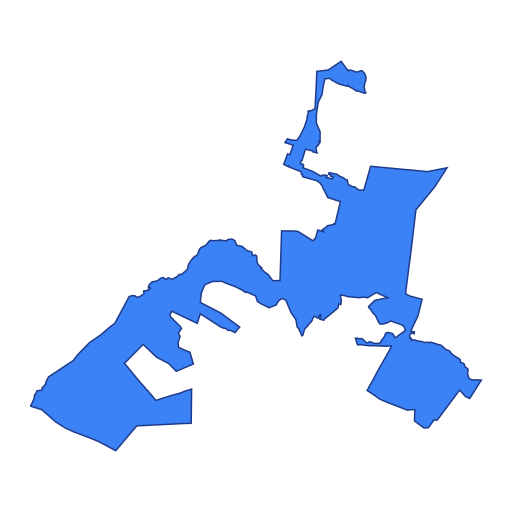 outline of Ocotlán de Morelos, Oaxaca, Mexico
{"feature_id": "50627088B26863114972707", "entity_name": "Ocotlán de Morelos", "entity_type": "district", "adm_level": 2, "iso_a3": "MEX", "parent_name": "Mexico", "parent_adm1": "Oaxaca", "projection": "mercator", "projection_center": [-96.695, 16.785], "detail": "fine", "context": "isolated", "style": "filled", "palette": "blue", "viewbox_px": 512, "rotation_deg": 0, "n_neighbors": 0, "source": "geoboundaries", "source_scale": "gbopen_adm2", "svg_char_len": 6052}
<svg xmlns="http://www.w3.org/2000/svg" viewBox="0 0 512 512"><path d="M176.2,371.3L193.4,364.0L189.9,352.2L183.4,349.6L178.4,347.2L178.4,345.6L178.1,343.3L178.7,340.5L180.1,336.5L178.5,333.6L178.6,332.8L181.5,328.6L180.4,326.6L173.9,320.2L170.4,316.5L169.8,315.2L171.8,311.2L197.2,323.3L200.3,313.8L220.9,327.1L223.4,328.1L225.3,328.3L228.2,330.4L230.7,330.4L235.0,332.6L239.7,327.1L221.2,313.3L200.3,302.4L201.4,292.8L204.8,284.7L212.6,281.5L221.8,281.3L226.0,283.2L235.6,286.8L242.9,290.5L244.0,291.6L245.8,292.4L246.0,291.7L255.6,295.9L257.5,301.6L261.5,304.0L269.1,307.7L276.3,304.9L277.4,302.6L278.8,300.7L280.0,299.7L282.3,298.6L284.8,299.5L286.4,301.4L291.0,312.5L295.9,319.7L297.2,327.1L298.9,328.6L299.6,331.1L300.7,332.8L301.6,335.7L302.2,335.7L303.0,334.9L304.4,329.7L304.9,328.8L308.1,325.5L308.2,325.0L312.0,320.9L312.4,319.2L314.2,316.2L316.4,317.3L317.6,318.2L318.4,317.6L318.8,316.9L319.6,314.8L321.1,315.1L319.6,319.0L323.8,320.3L324.0,319.4L336.8,309.0L338.0,307.7L338.8,303.8L340.7,304.5L341.3,301.2L341.2,300.0L340.9,297.7L340.1,295.0L344.1,295.5L348.2,296.7L355.4,297.4L357.1,297.4L358.4,297.7L364.8,297.1L367.5,297.8L376.2,292.5L387.6,297.7L374.8,300.4L368.5,306.6L369.1,308.0L370.9,309.7L373.0,313.3L375.3,315.2L378.7,322.4L380.0,324.0L381.4,324.2L383.4,323.9L386.5,323.1L390.8,321.0L401.9,324.9L404.3,327.1L405.4,330.4L395.3,337.8L394.8,337.7L393.5,334.6L392.3,333.5L387.7,332.4L385.7,333.2L384.2,337.0L381.3,340.5L380.6,342.3L380.1,343.0L377.0,343.5L375.5,343.5L373.6,343.2L370.1,341.7L368.6,342.2L367.5,342.9L366.0,342.4L362.3,338.7L359.3,338.6L356.6,338.2L355.4,338.2L357.5,344.8L361.4,344.7L365.9,345.4L369.5,345.7L375.0,345.7L384.9,346.2L391.4,345.9L389.8,349.6L377.7,371.0L372.1,381.6L370.5,384.2L367.1,390.5L371.7,393.4L379.3,398.8L382.8,400.5L388.1,402.7L407.3,410.1L414.8,409.5L414.5,421.0L424.1,428.0L428.5,427.6L433.2,421.1L433.3,420.2L437.2,420.1L459.6,390.1L465.7,396.7L469.7,398.5L481.3,380.1L477.3,379.9L474.8,380.0L471.8,379.8L469.2,378.5L468.6,377.2L467.7,374.3L467.6,373.5L468.0,370.2L467.9,369.1L467.3,368.3L465.6,367.4L465.0,366.5L464.1,363.9L463.3,363.2L460.7,362.4L460.4,361.6L460.1,359.7L459.5,358.9L454.6,356.1L451.2,353.2L449.5,350.9L445.4,349.3L443.1,346.9L441.0,345.2L437.0,344.2L434.9,343.4L430.3,342.1L429.7,342.7L427.7,342.3L426.3,342.2L424.8,342.6L423.7,342.4L422.1,341.5L419.1,341.3L414.1,339.8L411.7,340.4L411.8,339.9L410.9,338.8L411.3,338.4L411.1,338.2L410.8,338.3L409.7,338.1L410.0,337.2L409.7,336.8L409.6,335.6L410.2,334.5L410.6,334.0L411.7,333.1L412.6,333.1L414.1,333.8L414.4,331.9L410.7,331.2L417.9,315.9L422.1,299.3L409.8,296.0L405.5,293.7L411.2,249.4L415.9,209.9L434.7,186.9L447.0,167.8L427.4,171.6L370.6,166.3L363.8,190.3L361.1,190.0L358.7,190.0L354.7,186.9L353.8,186.9L351.8,186.4L350.2,185.3L348.2,184.7L347.2,179.8L345.8,179.7L343.3,177.7L339.8,176.3L337.1,174.3L329.1,172.6L328.6,174.4L331.0,174.9L330.6,176.1L333.1,176.9L332.3,178.9L328.1,177.8L326.6,177.7L327.1,175.6L324.8,175.1L324.6,175.8L322.5,175.0L321.6,175.6L321.0,176.2L312.6,171.4L302.9,167.7L303.7,165.2L303.1,164.3L300.4,163.6L301.4,160.3L302.1,160.3L304.7,151.4L305.6,149.2L313.0,151.1L313.0,151.9L317.1,152.9L316.5,151.2L316.1,147.5L316.8,146.5L317.6,146.2L317.9,145.7L317.8,144.9L319.1,144.0L319.3,143.6L319.7,142.9L319.6,142.4L319.0,141.7L320.1,141.9L320.1,131.7L316.3,122.9L316.4,114.1L318.2,102.3L322.0,94.6L323.3,85.8L324.9,78.8L330.1,78.4L331.5,80.0L338.9,84.0L347.8,86.4L348.2,85.3L350.4,87.4L352.2,88.1L356.3,91.0L358.8,91.2L363.3,92.9L365.0,93.2L365.9,92.8L364.9,91.5L364.6,89.2L364.2,87.9L364.1,86.6L364.7,84.1L364.7,82.9L365.7,81.1L366.0,77.6L365.5,75.5L364.8,73.8L362.2,70.8L360.3,70.9L358.3,71.7L356.1,72.0L355.3,71.8L352.8,70.7L350.8,70.2L348.8,70.1L348.2,70.9L341.1,61.3L328.2,70.0L316.8,71.4L316.1,88.4L315.0,108.7L310.5,111.0L308.7,110.7L308.0,111.6L308.4,112.1L307.0,117.5L307.1,119.0L304.3,127.2L300.1,135.8L296.7,140.4L291.4,140.0L287.4,138.9L285.0,142.6L293.1,145.1L290.0,154.6L287.6,153.9L283.7,164.4L288.4,166.7L289.0,165.1L288.5,166.7L301.2,171.8L301.5,174.5L302.5,174.8L302.8,176.8L316.2,180.5L318.3,181.7L319.8,182.8L322.2,186.0L322.7,187.4L327.8,197.5L338.1,200.9L340.4,201.5L335.0,224.2L333.8,223.8L333.8,224.5L327.4,225.7L327.2,226.4L322.3,229.7L323.5,231.7L317.8,230.0L315.5,237.9L313.0,240.8L298.6,231.8L296.8,231.2L293.4,231.0L281.6,230.9L280.0,280.6L272.8,280.7L268.2,274.5L265.3,272.6L261.3,268.8L260.9,267.9L261.5,267.7L258.1,264.5L257.5,263.2L257.0,261.2L256.8,257.0L256.5,255.7L255.4,255.0L254.6,255.1L253.0,255.8L252.4,255.3L252.3,254.1L251.6,251.8L247.1,250.7L242.0,246.3L236.8,245.4L234.8,240.6L232.3,239.2L231.1,239.0L229.3,239.3L227.4,239.8L227.1,240.5L226.1,240.8L222.8,240.5L219.4,239.9L219.3,240.7L216.5,240.4L214.2,240.8L211.4,240.4L210.3,240.4L209.6,240.7L205.8,245.3L200.7,247.8L199.7,249.0L198.7,251.2L197.8,254.0L196.5,255.6L194.7,256.4L193.1,257.8L190.7,260.9L188.5,264.5L187.4,269.0L186.7,270.1L184.3,272.1L183.4,272.7L182.7,273.6L181.5,274.4L179.6,274.3L179.1,274.5L176.5,277.2L174.9,277.5L174.3,278.2L172.3,279.3L168.3,277.8L167.4,278.3L166.9,279.1L165.6,279.2L163.2,277.5L160.9,278.1L157.3,280.8L152.1,281.9L149.7,284.1L148.6,286.4L148.4,287.4L149.3,287.0L150.2,288.5L148.5,289.4L148.9,289.6L148.4,290.3L147.4,290.6L143.9,290.8L143.5,291.8L143.9,292.6L144.1,293.5L144.0,293.8L139.6,296.7L137.4,297.2L136.4,296.9L135.6,296.4L135.3,296.0L133.3,295.6L131.5,295.8L129.2,296.5L115.4,322.3L113.6,324.3L110.4,326.6L100.4,335.1L89.4,342.7L77.7,354.7L73.2,360.6L48.5,376.9L45.7,382.7L45.6,383.6L45.8,384.2L44.5,385.1L43.4,386.9L42.2,387.5L41.9,388.1L42.2,389.1L42.2,389.6L42.0,390.0L41.5,390.4L39.3,390.4L37.1,390.8L36.7,391.1L35.9,393.8L34.7,394.6L34.1,398.3L32.4,402.5L30.7,405.6L30.9,406.3L41.6,409.6L55.7,421.9L65.8,428.3L74.3,432.1L88.2,437.3L98.8,441.6L115.7,450.7L136.7,425.9L183.7,423.5L191.2,423.3L191.6,389.1L183.9,391.5L180.2,393.1L171.0,395.6L155.9,400.4L151.3,394.8L149.0,392.5L148.3,391.1L146.6,389.8L144.2,386.7L140.3,382.5L127.9,367.4L124.4,363.4L143.2,344.4L156.7,357.3L168.8,363.6L176.2,371.3Z" fill="#3b82f6" stroke="#1e3a8a" stroke-width="1.5"/></svg>